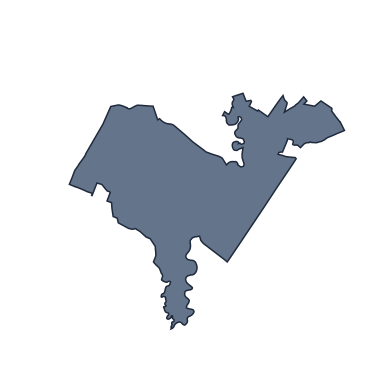 outline of Chichis, Covasna, Romania, rotated 293°
{"feature_id": "2599482B66417374459727", "entity_name": "Chichis", "entity_type": "district", "adm_level": 2, "iso_a3": "ROU", "parent_name": "Romania", "parent_adm1": "Covasna", "projection": "orthographic", "projection_center": [25.8, 45.769], "detail": "fine", "context": "isolated", "style": "filled", "palette": "slate", "viewbox_px": 384, "rotation_deg": 293, "n_neighbors": 0, "source": "geoboundaries", "source_scale": "gbopen_adm2", "svg_char_len": 5978}
<svg xmlns="http://www.w3.org/2000/svg" viewBox="0 0 384 384"><g transform="rotate(293 192 192)"><path d="M323.7,288.0L326.2,275.1L318.9,271.4L316.6,260.6L320.7,262.2L323.2,257.6L316.4,255.4L315.0,254.8L312.9,253.5L311.2,252.9L307.3,249.9L301.6,245.9L309.9,245.1L311.1,244.8L311.6,244.3L312.6,241.9L313.1,241.1L313.9,240.2L316.4,238.1L313.2,237.2L303.9,235.1L290.9,232.4L293.4,221.0L292.2,220.8L293.2,211.2L298.5,211.4L299.3,210.3L296.9,206.7L296.8,206.3L300.1,203.0L302.8,200.4L297.8,194.6L295.5,192.1L293.7,194.3L292.5,194.4L290.3,194.1L288.8,194.5L287.5,195.4L286.0,197.0L285.8,195.9L285.3,195.5L282.6,196.0L279.5,195.8L277.9,195.5L277.9,194.5L278.7,190.6L274.3,190.3L274.7,191.4L274.9,192.3L274.6,193.1L274.2,193.8L272.5,195.2L270.9,195.8L270.0,196.5L269.1,197.3L268.3,199.2L268.1,199.9L268.7,201.3L269.6,203.1L270.9,204.9L272.3,206.0L274.3,206.5L275.7,206.7L276.7,206.6L277.8,206.0L278.4,205.1L279.1,205.2L279.7,205.7L279.9,206.4L279.8,207.3L279.4,208.2L279.0,208.8L278.4,209.2L277.6,209.4L276.2,209.2L272.6,208.3L271.6,208.3L270.6,208.6L269.2,209.2L268.5,209.3L267.6,209.1L264.6,208.0L263.6,208.1L262.5,208.5L261.7,209.3L260.6,210.7L260.3,211.3L260.1,212.0L260.0,213.4L260.7,215.8L260.9,217.9L260.7,218.4L259.0,220.4L258.3,220.6L256.9,220.7L255.5,219.2L255.2,218.4L255.3,217.3L255.7,217.1L254.9,216.0L255.3,216.1L255.6,216.1L256.2,214.9L256.2,214.6L256.0,213.2L255.0,211.8L254.1,210.9L253.0,210.4L251.6,210.5L249.7,211.3L247.9,213.0L247.1,214.4L247.4,216.1L247.9,217.2L250.3,218.9L250.7,219.5L252.7,221.6L246.1,223.4L242.9,224.9L239.0,228.3L237.4,229.3L236.2,229.4L235.5,229.1L234.1,227.1L235.0,223.2L235.8,223.2L236.9,221.7L237.1,220.8L236.9,219.8L236.5,219.4L236.0,217.7L234.9,215.7L233.4,214.4L231.8,213.6L230.4,213.2L234.5,207.3L235.0,206.5L235.2,205.6L235.4,202.9L234.7,195.9L234.4,190.2L234.4,189.6L234.5,188.6L235.1,186.8L238.4,173.3L242.1,162.6L246.3,149.2L246.4,146.6L245.1,141.9L245.1,139.2L245.5,136.7L246.8,133.5L245.0,132.2L251.5,126.5L252.1,125.9L252.9,125.2L255.8,122.6L254.6,119.5L251.9,111.4L250.6,107.9L250.3,107.5L249.4,106.6L244.6,102.7L243.9,101.5L243.8,99.5L244.2,99.4L244.1,94.0L243.7,91.3L243.3,90.1L239.0,83.8L219.7,83.5L186.0,79.3L185.2,79.4L183.5,79.3L180.7,78.8L175.8,77.6L173.2,77.0L171.6,76.9L166.7,75.8L165.0,75.7L158.2,76.0L151.1,76.1L151.2,83.1L151.4,83.1L151.5,89.3L151.4,94.3L151.3,95.1L151.8,100.8L149.7,100.9L149.7,101.4L163.1,101.0L163.7,105.8L163.2,107.1L161.2,110.7L159.8,113.5L160.0,115.7L159.7,116.9L150.5,117.3L150.8,122.1L145.5,124.8L138.6,129.0L138.7,133.4L134.8,136.2L133.7,147.8L134.3,151.4L135.6,153.6L136.2,154.1L136.2,154.4L136.2,154.9L135.9,155.4L135.4,159.4L132.6,167.4L132.7,169.1L132.5,170.0L132.8,171.3L132.3,172.3L127.9,179.0L127.3,179.6L124.7,180.8L122.9,181.9L119.6,183.5L118.4,183.7L112.7,183.8L112.4,184.0L110.9,187.2L109.8,190.2L109.0,191.9L106.0,194.8L105.6,195.1L105.4,195.2L105.0,196.0L104.4,196.9L103.3,197.7L102.8,197.9L99.8,198.1L99.5,198.2L99.1,198.5L99.0,199.8L98.7,200.0L98.7,200.9L98.7,202.5L98.9,203.3L98.9,203.6L99.1,204.2L100.2,204.9L100.8,205.6L101.0,206.8L100.8,207.4L100.5,207.6L99.6,207.5L97.9,207.6L97.0,207.4L96.3,206.7L95.2,205.5L94.3,205.2L93.1,205.2L90.0,205.8L88.4,205.8L87.3,205.5L86.9,204.8L86.4,204.4L85.3,204.1L83.9,204.4L83.6,204.5L83.3,204.9L83.3,205.2L83.6,205.6L84.5,206.3L84.8,206.8L84.9,207.8L85.0,208.0L84.8,208.7L84.2,209.1L83.9,209.1L83.0,209.6L81.9,210.7L81.3,210.9L80.6,210.9L79.3,210.5L78.9,210.5L78.3,210.8L77.8,211.2L77.4,212.2L77.1,212.5L76.5,212.4L76.3,212.2L75.4,210.9L75.1,210.8L74.7,210.9L73.8,212.1L72.5,213.0L71.4,214.3L71.1,215.3L71.3,217.4L71.2,217.8L70.9,218.1L70.2,218.3L69.5,218.3L68.0,217.8L66.6,217.8L66.1,218.0L65.7,218.4L65.6,218.7L65.5,219.3L65.8,220.1L66.5,220.8L68.1,221.8L69.7,221.4L70.0,221.5L70.3,221.9L70.2,222.3L70.1,222.6L68.4,223.3L67.9,223.8L67.6,225.1L67.3,225.4L66.7,225.8L66.3,225.9L65.7,225.7L65.2,225.1L64.1,224.4L63.3,224.6L62.6,225.0L62.3,225.4L61.2,225.5L60.2,225.3L59.4,225.5L59.0,225.8L59.0,226.0L58.5,226.2L57.8,226.2L58.5,226.9L59.1,227.3L60.2,227.8L63.3,228.0L64.6,228.5L65.9,229.4L67.1,230.7L67.7,231.8L67.7,232.4L67.6,233.0L66.7,235.1L66.5,236.1L66.5,236.8L66.6,237.2L66.9,237.5L68.6,238.3L69.9,238.5L70.6,238.5L71.5,238.3L72.2,237.8L73.6,237.1L74.3,236.9L74.8,237.0L75.8,237.5L77.3,238.9L78.7,239.9L80.8,240.6L82.2,240.7L83.0,240.4L83.4,240.0L83.8,239.5L84.0,238.4L83.9,237.5L83.3,235.0L83.3,234.1L83.1,233.0L83.1,232.5L83.2,232.2L84.2,231.8L85.0,231.7L86.0,231.7L87.9,232.1L89.4,232.2L90.9,231.9L91.4,231.5L92.0,230.5L93.0,227.1L93.4,226.5L94.3,225.6L95.1,225.1L97.0,224.6L97.7,224.6L98.5,224.9L99.7,226.2L101.3,228.7L102.1,229.5L102.8,229.9L103.5,229.9L104.1,229.7L104.6,228.8L105.8,224.2L106.2,223.4L106.8,222.3L107.6,221.3L109.0,220.3L109.6,220.1L110.9,220.0L112.0,220.2L113.2,220.9L115.0,223.1L115.9,224.8L116.8,225.7L117.3,226.1L119.5,226.9L119.9,226.8L121.5,226.9L124.1,226.3L125.3,225.7L126.3,225.0L128.6,222.8L129.0,222.1L129.3,220.9L129.4,220.2L129.3,219.3L128.5,216.8L128.4,215.8L128.3,214.7L128.4,214.0L128.7,213.1L129.2,212.3L130.0,211.6L130.6,211.3L131.3,211.2L132.4,211.2L136.3,212.3L138.9,212.5L141.3,211.9L143.2,211.0L145.3,209.8L146.4,209.4L147.7,209.5L149.9,210.3L151.0,211.3L152.1,212.6L152.8,214.0L153.6,215.1L154.3,216.3L151.4,218.6L150.9,219.1L149.9,220.8L149.0,222.8L142.7,247.4L141.4,251.8L157.1,254.9L204.3,263.9L231.2,268.8L257.6,273.9L263.3,274.9L264.0,273.6L261.8,266.5L261.2,264.2L261.0,260.6L260.4,257.5L260.3,256.6L262.3,256.5L263.5,258.2L264.1,259.7L276.8,259.6L278.4,259.1L279.1,263.4L279.1,264.1L278.8,264.9L278.1,265.4L277.3,265.8L275.3,266.0L275.0,266.6L275.0,267.3L275.2,268.0L276.1,270.1L276.4,270.9L275.2,274.5L277.7,275.5L279.9,276.3L281.8,277.8L282.3,278.5L282.6,279.1L283.0,280.3L284.3,281.2L284.2,282.0L284.3,282.8L286.0,287.3L286.4,287.9L287.8,289.5L289.1,291.3L291.7,293.5L294.8,295.3L299.1,299.6L302.5,302.7L307.1,307.3L308.2,308.3L314.5,300.9L314.4,300.7L317.8,294.5L320.6,289.8L321.0,288.9L322.3,288.7L323.7,288.0Z" fill="#64748b" stroke="#1e293b" stroke-width="1.5"/></g></svg>